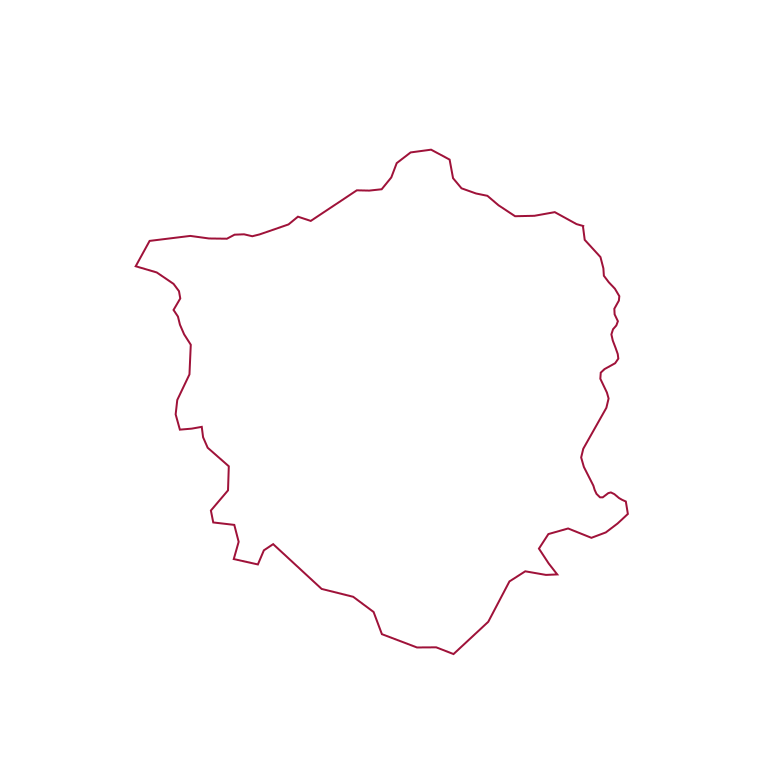 an SVG outline of Yambol, rotated 290°
{"feature_id": "BGR-2255", "entity_name": "Yambol", "entity_type": "Province", "adm_level": 1, "iso_a3": "BGR", "parent_name": "Bulgaria", "parent_adm1": "", "projection": "orthographic", "projection_center": [26.657, 42.284], "detail": "fine", "context": "isolated", "style": "outline", "palette": "rose", "viewbox_px": 768, "rotation_deg": 290, "n_neighbors": 0, "source": "natural_earth", "source_scale": "10m", "svg_char_len": 1606}
<svg xmlns="http://www.w3.org/2000/svg" viewBox="0 0 768 768"><g transform="rotate(290 384 384)"><path d="M600.6,517.2L599.9,517.2L588.1,523.3L577.3,544.0L567.7,550.6L560.9,553.6L556.5,560.4L552.5,568.4L547.0,575.1L542.7,576.2L533.5,574.7L528.3,576.9L523.0,582.3L518.5,582.3L513.8,580.5L508.4,580.7L503.1,584.1L497.2,589.2L492.1,593.4L488.0,595.5L482.6,594.1L473.4,586.1L468.8,583.8L462.9,585.5L452.2,596.4L447.2,600.0L437.7,601.1L391.3,593.4L382.4,594.4L374.4,600.2L360.1,615.5L356.5,618.2L353.4,621.3L351.4,625.7L352.3,628.3L358.2,632.1L359.7,634.3L359.3,638.1L357.2,643.9L356.6,647.4L356.3,651.4L356.0,651.6L345.3,657.6L332.8,651.2L320.4,643.2L310.4,631.5L311.2,606.4L299.2,589.8L282.3,585.9L271.7,600.1L264.3,611.9L260.0,601.5L256.3,580.8L241.4,569.4L196.2,563.3L154.0,541.7L154.4,523.1L147.7,505.1L148.2,467.6L166.2,452.2L173.5,427.8L170.1,395.5L195.6,334.6L186.6,328.0L171.3,327.2L168.1,302.7L186.0,301.4L200.4,291.5L195.5,270.9L205.9,264.6L230.7,273.8L253.6,266.3L263.8,240.1L272.1,232.2L281.4,227.4L276.3,218.6L271.3,207.8L284.2,198.6L298.3,195.2L326.5,197.9L354.8,189.0L362.3,179.2L369.9,172.0L376.9,167.3L381.6,160.9L394.7,163.3L401.1,159.6L406.1,152.0L411.1,132.3L409.7,110.4L438.3,114.8L456.9,151.3L460.9,169.8L466.8,186.7L473.2,192.5L476.8,201.3L477.8,209.7L482.0,215.9L501.3,239.7L511.8,245.9L512.2,259.4L556.7,292.2L560.7,304.0L566.2,315.2L580.6,320.2L595.9,320.4L610.7,329.8L620.3,348.1L617.3,368.9L601.0,378.5L594.4,389.9L594.5,405.3L596.2,416.8L591.1,430.5L586.5,449.8L593.5,467.8L603.9,485.7L600.1,510.2L600.6,517.1L600.6,517.2Z" fill="none" stroke="#9f1239" stroke-width="2"/></g></svg>